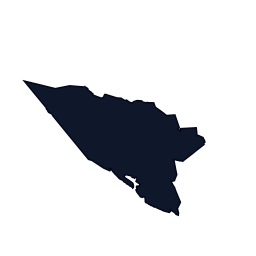 outline of Kubulu pag., Balvu, Latvia, rotated 53°
{"feature_id": "27541924B35853557519757", "entity_name": "Kubulu pag.", "entity_type": "district", "adm_level": 2, "iso_a3": "LVA", "parent_name": "Latvia", "parent_adm1": "Balvu", "projection": "robinson", "projection_center": [27.241, 57.178], "detail": "fine", "context": "isolated", "style": "filled", "palette": "ink", "viewbox_px": 256, "rotation_deg": 53, "n_neighbors": 0, "source": "geoboundaries", "source_scale": "gbopen_adm2", "svg_char_len": 5185}
<svg xmlns="http://www.w3.org/2000/svg" viewBox="0 0 256 256"><g transform="rotate(53 128 128)"><path d="M28.1,182.6L62.5,181.1L62.8,181.3L63.5,181.4L63.5,181.5L64.1,181.8L64.5,181.7L65.2,181.4L66.4,181.9L67.0,181.8L67.5,182.0L67.8,181.9L68.8,181.5L71.1,180.3L72.7,180.7L129.3,178.4L132.0,176.4L132.4,176.2L145.2,171.6L151.2,168.3L150.8,167.2L149.5,167.0L149.5,166.5L149.6,166.4L149.9,166.1L150.4,166.2L151.0,166.1L151.5,166.3L152.0,166.3L153.2,166.3L154.3,166.3L154.6,166.2L155.0,166.1L155.6,166.1L156.4,166.2L157.1,166.0L157.5,166.1L158.7,165.7L159.0,165.6L159.3,165.6L159.5,165.7L160.0,165.6L160.3,165.7L161.0,165.6L161.3,165.4L162.0,165.5L162.5,165.4L163.4,165.3L164.5,164.8L165.8,164.1L166.5,163.8L167.2,163.6L167.5,163.5L168.5,163.6L169.3,163.2L169.5,163.1L170.8,162.7L171.2,162.6L171.4,162.6L171.5,162.6L172.0,162.6L172.2,162.4L172.3,162.4L172.5,162.2L172.8,162.0L173.1,162.0L173.3,161.9L173.7,161.7L173.9,161.6L174.0,161.6L174.5,161.5L174.8,161.5L175.0,161.5L175.0,161.4L175.4,161.2L175.5,161.1L176.0,161.0L176.1,160.9L177.0,160.6L177.5,160.5L177.7,160.4L178.5,160.3L178.8,160.2L178.8,159.9L178.6,159.9L178.6,160.0L178.5,159.9L178.5,159.5L178.5,159.4L178.0,158.9L177.2,158.3L176.6,158.0L175.7,157.6L175.4,157.5L175.2,157.5L174.6,157.5L174.3,157.6L174.2,157.7L173.9,157.7L173.4,157.8L173.1,157.9L172.9,157.9L172.7,158.0L172.3,158.1L172.1,158.3L171.7,158.4L171.3,158.5L171.1,158.6L170.6,158.7L169.8,159.0L169.7,159.0L169.2,159.2L168.6,159.5L167.4,159.8L164.5,160.8L163.9,158.3L163.8,157.9L166.2,155.9L166.9,155.3L167.5,154.9L167.7,154.7L168.7,153.9L168.9,153.8L169.9,154.4L171.5,153.1L172.2,152.9L171.8,151.3L173.6,151.0L174.4,151.9L174.9,152.8L175.4,153.7L177.3,153.2L177.9,152.9L179.8,152.3L180.2,152.5L180.4,152.5L180.5,152.6L180.4,152.7L180.4,152.8L180.7,153.2L180.7,153.4L180.9,153.5L180.8,153.9L181.0,154.0L181.1,154.3L181.1,154.5L181.0,154.8L180.4,155.1L180.2,155.5L179.8,155.9L179.8,156.0L180.0,156.0L179.9,156.1L180.0,156.2L180.1,156.3L180.1,156.5L180.2,156.8L182.9,157.8L182.8,158.1L182.2,158.5L182.2,158.9L182.4,158.9L182.5,158.9L182.8,159.0L183.1,159.1L183.6,159.2L183.9,159.4L186.1,159.5L187.3,159.4L188.3,159.4L188.8,159.3L189.9,159.5L190.4,159.5L190.9,159.0L191.2,158.8L191.6,158.7L191.9,158.5L191.9,158.4L191.9,158.2L192.0,158.0L192.1,157.7L192.0,157.3L192.1,157.1L193.0,156.6L193.5,156.2L193.9,156.2L194.3,156.5L195.6,157.4L195.9,157.5L196.0,157.6L196.4,157.9L196.5,158.0L197.0,158.4L197.2,158.5L197.6,158.6L198.6,158.5L199.0,158.0L199.2,157.9L199.5,157.7L200.2,157.6L200.6,157.4L200.9,157.3L201.2,157.3L201.5,157.2L202.1,156.8L202.5,156.6L203.2,156.4L203.6,156.4L204.0,155.8L204.1,155.7L204.9,155.5L205.1,155.3L205.7,155.1L206.0,154.9L206.4,154.7L206.7,154.7L207.1,154.5L207.1,154.3L207.2,154.2L207.4,153.6L207.5,153.5L207.7,153.4L208.3,153.3L208.6,153.2L208.9,153.1L209.5,152.8L210.2,152.4L210.8,152.1L211.6,151.6L212.2,151.3L213.1,150.6L213.4,150.4L213.9,150.4L214.4,149.9L215.0,149.7L215.5,149.5L215.5,149.4L216.0,149.1L216.2,148.9L216.4,148.8L216.6,148.7L217.3,148.1L217.8,147.8L218.0,147.7L218.4,147.2L218.7,147.1L218.8,147.0L219.1,146.4L219.3,146.4L219.8,146.3L219.9,146.2L220.0,146.0L220.1,145.9L220.3,145.8L220.3,145.5L220.2,145.2L220.1,144.5L220.0,144.3L220.0,144.2L219.8,144.1L219.1,143.8L218.7,143.4L223.5,141.7L224.0,141.6L224.6,141.6L225.1,141.5L226.0,141.6L227.4,140.6L227.9,140.3L226.9,139.4L226.9,139.5L226.0,138.7L225.1,138.3L224.4,138.0L224.2,137.9L224.2,138.0L224.1,137.9L223.2,137.6L222.8,137.4L222.1,137.2L221.8,136.5L220.8,134.7L220.3,133.5L219.4,131.9L218.8,130.8L214.7,129.8L211.7,129.0L208.6,128.2L208.1,128.1L204.7,127.1L203.8,126.7L203.2,126.6L201.0,126.5L196.7,125.8L198.0,122.5L197.5,122.0L194.6,117.2L194.4,117.0L193.9,116.8L190.6,115.3L188.0,114.0L185.6,112.8L183.4,111.7L182.8,111.4L180.7,110.3L185.1,106.6L184.9,106.5L185.2,106.1L186.7,104.9L187.3,104.4L187.5,104.3L187.4,103.1L187.3,95.8L187.3,95.6L187.2,89.8L187.1,88.6L187.0,84.8L187.0,82.7L187.0,82.2L186.9,77.2L186.2,77.0L185.2,76.1L185.7,75.5L185.7,75.4L184.9,74.7L181.0,73.9L180.7,73.9L178.0,75.4L176.8,76.0L175.6,76.9L175.5,77.1L175.5,77.3L175.4,77.3L174.2,76.6L168.9,73.4L160.9,85.3L160.2,86.4L160.9,86.8L160.9,87.5L161.8,88.0L158.6,88.6L158.6,88.4L158.5,88.2L158.6,86.9L145.8,82.7L141.2,89.8L137.5,90.7L134.4,91.6L127.8,93.7L123.4,92.3L119.6,97.1L119.4,97.1L119.2,97.2L119.2,97.4L119.4,97.4L119.4,97.6L119.1,97.6L119.1,97.9L119.2,98.0L116.2,100.6L114.8,100.7L114.6,100.8L114.2,101.2L111.6,104.2L110.4,107.4L110.5,108.9L110.6,109.3L110.6,109.5L110.1,110.0L109.6,110.4L108.5,111.2L108.0,111.4L105.1,112.3L104.8,112.4L104.8,112.5L104.5,113.6L104.1,114.0L103.2,114.4L101.7,115.0L100.0,115.6L99.9,115.7L98.3,117.7L97.3,118.8L87.6,125.8L87.3,126.2L87.3,126.3L87.5,127.0L88.2,128.3L88.6,128.9L89.0,129.2L89.0,129.3L88.8,129.3L88.6,129.8L88.2,131.1L88.0,131.5L80.6,136.2L80.4,136.1L79.8,135.5L79.7,135.5L79.5,135.9L79.4,135.9L79.1,135.7L78.8,135.7L78.6,135.9L78.1,135.9L77.8,136.0L77.7,136.1L77.3,136.0L77.2,136.1L76.7,136.0L76.3,136.2L76.3,136.4L73.5,137.0L72.6,136.5L71.5,136.7L71.1,136.8L70.7,136.9L70.0,137.5L69.0,137.5L69.1,137.9L69.1,138.2L67.3,140.1L59.3,149.1L58.3,151.0L57.6,152.5L52.8,162.4L28.1,182.6Z" fill="#0f172a" stroke="#020617" stroke-width="1.5"/></g></svg>